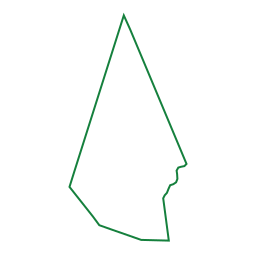 Jardim de Angicos, Rio Grande do Norte, Brazil
{"feature_id": "56859067B68671349546814", "entity_name": "Jardim de Angicos", "entity_type": "district", "adm_level": 2, "iso_a3": "BRA", "parent_name": "Brazil", "parent_adm1": "Rio Grande do Norte", "projection": "natural_earth1", "projection_center": [-35.96, -5.59], "detail": "fine", "context": "isolated", "style": "outline", "palette": "green", "viewbox_px": 256, "rotation_deg": 0, "n_neighbors": 0, "source": "geoboundaries", "source_scale": "gbopen_adm2", "svg_char_len": 431}
<svg xmlns="http://www.w3.org/2000/svg" viewBox="0 0 256 256"><path d="M186.5,163.9L150.9,78.9L130.1,29.3L123.8,15.4L74.2,171.9L69.5,186.9L71.3,189.2L92.9,216.5L99.3,225.2L112.3,229.8L141.2,239.9L168.8,240.6L163.2,198.3L164.7,195.3L166.9,192.9L168.7,188.4L170.2,185.2L173.3,184.2L176.1,182.3L177.4,178.9L177.1,174.0L176.6,170.6L178.3,167.6L180.9,166.8L184.4,166.1L186.5,163.9Z" fill="none" stroke="#15803d" stroke-width="2"/></svg>